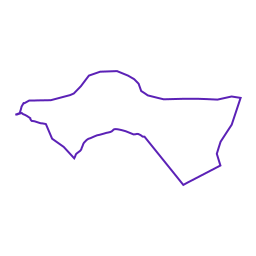 outline of Bois Patat, Castries, Saint Lucia
{"feature_id": "8701671B97832675692274", "entity_name": "Bois Patat", "entity_type": "district", "adm_level": 2, "iso_a3": "LCA", "parent_name": "Saint Lucia", "parent_adm1": "Castries", "projection": "robinson", "projection_center": [-60.983, 14.009], "detail": "fine", "context": "isolated", "style": "outline", "palette": "violet", "viewbox_px": 256, "rotation_deg": 0, "n_neighbors": 0, "source": "geoboundaries", "source_scale": "gbopen_adm2", "svg_char_len": 1363}
<svg xmlns="http://www.w3.org/2000/svg" viewBox="0 0 256 256"><path d="M23.6,103.1L21.6,106.5L20.8,109.6L19.7,113.1L15.4,114.7L17.4,114.4L18.1,114.1L21.7,113.0L23.0,114.1L25.0,114.9L27.0,116.0L28.5,117.0L30.3,118.2L30.4,119.2L30.9,120.0L31.7,120.9L33.3,121.1L34.6,121.3L40.1,123.1L41.0,123.3L41.9,123.3L45.2,123.9L45.9,124.1L52.1,138.7L63.7,146.9L74.2,158.3L74.4,157.9L74.6,157.6L75.1,156.5L75.9,154.3L76.8,153.4L78.6,152.0L80.2,150.8L81.2,149.5L81.8,147.7L82.5,146.1L83.3,143.9L84.0,142.7L86.6,140.0L88.4,138.8L90.6,138.1L91.9,137.5L94.4,136.4L97.1,135.3L99.6,134.8L103.9,133.6L106.6,132.8L107.8,132.6L110.3,132.0L111.8,131.3L112.7,130.5L113.7,129.5L114.6,129.2L115.7,129.1L117.8,129.3L119.8,129.7L121.6,130.1L123.1,130.5L125.6,131.2L128.4,132.3L131.6,133.6L133.5,134.4L135.2,134.3L137.0,133.9L138.3,134.0L139.3,134.5L140.6,135.1L142.6,136.6L144.5,136.7L166.9,164.5L183.3,184.9L187.9,182.4L220.4,165.5L216.8,153.8L218.8,147.3L220.6,141.7L226.9,132.0L231.7,124.7L240.6,97.9L231.6,96.5L231.1,96.6L217.5,99.6L206.6,99.1L198.0,98.8L183.3,98.8L163.7,99.3L157.8,97.9L147.8,95.4L144.6,93.2L141.2,91.0L138.6,83.7L134.2,79.2L128.0,75.6L117.0,71.1L100.2,71.7L94.4,73.7L88.9,75.6L85.7,79.8L80.9,86.2L73.8,93.5L70.1,95.1L61.0,97.5L50.8,100.2L37.4,100.4L34.9,100.5L29.3,100.5L28.0,101.2L24.4,103.2L24.1,103.2L23.6,103.1Z" fill="none" stroke="#5b21b6" stroke-width="2"/></svg>